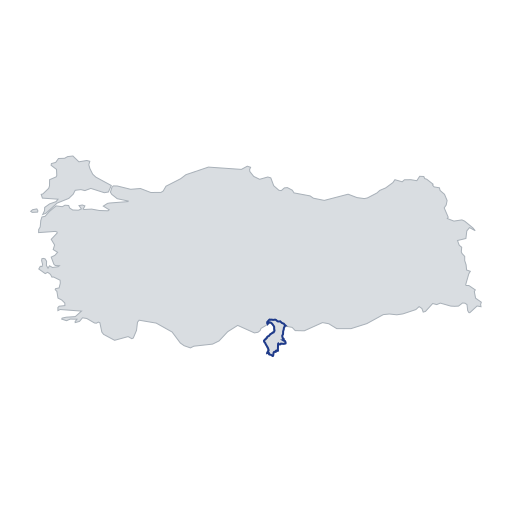 Hatay highlighted on a map of Turkey
{"feature_id": "TUR-2289", "entity_name": "Hatay", "entity_type": "Province", "adm_level": 1, "iso_a3": "TUR", "parent_name": "Turkey", "parent_adm1": "", "projection": "orthographic", "projection_center": [36.26, 36.42], "detail": "fine", "context": "in_parent", "style": "outline", "palette": "blue", "viewbox_px": 512, "rotation_deg": 0, "n_neighbors": 0, "source": "natural_earth", "source_scale": "10m", "svg_char_len": 5558}
<svg xmlns="http://www.w3.org/2000/svg" viewBox="0 0 512 512"><path d="M394.9,179.7L402.2,181.8L404.4,179.8L410.9,179.7L416.8,180.7L419.7,176.3L423.8,176.5L424.7,178.6L426.7,179.2L433.1,184.2L432.5,185.0L434.1,186.9L439.4,187.8L440.1,190.5L444.5,194.3L447.1,200.5L446.2,205.0L444.2,207.9L448.2,217.2L447.3,218.5L453.9,221.1L461.9,219.9L464.6,221.1L473.0,228.0L475.2,230.7L469.5,227.6L466.8,230.9L465.9,238.5L457.5,240.5L459.2,245.2L461.7,247.3L461.3,251.9L462.1,253.6L464.7,256.4L464.7,260.6L466.1,264.8L466.6,270.0L470.3,271.3L468.8,273.8L465.7,284.6L466.1,285.5L468.8,285.5L475.3,289.9L474.3,291.5L475.6,298.2L481.3,302.2L480.6,304.5L481.0,306.7L477.1,306.0L469.8,312.7L468.9,312.6L467.7,310.6L467.0,304.6L465.0,303.2L462.5,303.0L458.5,306.1L454.6,306.3L450.8,306.1L440.3,303.1L436.7,304.6L432.7,303.5L425.5,311.4L423.2,312.1L421.9,308.5L419.1,306.6L415.8,309.6L402.9,313.9L396.8,314.8L389.4,314.0L383.3,314.6L366.9,323.6L351.1,328.6L336.7,328.6L328.7,323.7L322.5,322.6L304.3,330.8L295.2,330.6L292.2,327.4L285.3,326.1L283.8,329.2L282.4,336.6L284.8,343.4L280.9,343.8L278.4,345.3L277.7,350.4L274.1,352.4L272.9,355.6L272.3,355.6L266.5,353.0L268.1,350.6L264.6,341.1L266.3,338.1L273.8,330.5L273.6,326.0L270.4,322.8L261.0,328.4L260.1,330.6L257.9,332.3L254.4,332.9L237.7,325.4L227.7,331.7L219.1,340.9L212.6,344.1L193.8,346.2L190.4,347.9L184.1,345.7L180.3,343.0L172.1,332.0L156.2,323.1L139.1,320.2L137.5,322.2L136.5,330.4L133.3,338.0L131.8,338.7L128.1,336.6L114.6,340.3L103.6,334.4L101.8,332.0L99.9,322.8L98.3,322.1L96.4,323.2L94.5,323.0L86.8,318.5L82.5,317.8L79.5,321.4L75.2,322.6L75.1,321.6L77.0,319.2L70.2,319.1L66.5,320.7L61.7,319.1L62.1,318.1L66.2,317.2L75.3,316.6L81.5,311.1L60.1,309.5L57.9,310.6L57.9,307.5L59.2,306.2L64.9,305.6L64.8,303.0L61.6,299.9L58.0,298.1L56.9,291.4L55.2,289.6L55.5,288.7L59.1,287.9L60.3,283.2L60.1,280.2L53.5,277.0L51.9,277.1L50.5,274.4L47.7,272.3L45.2,273.6L38.8,269.0L40.3,266.3L42.0,266.6L42.6,264.4L41.6,260.6L41.9,258.7L43.5,258.4L45.1,258.9L46.6,261.3L46.4,265.5L48.0,268.2L49.5,265.8L52.5,267.5L58.2,266.7L59.4,265.7L55.3,265.5L53.9,264.3L51.2,257.1L54.8,255.4L57.6,252.3L53.2,249.6L54.6,245.0L51.2,239.3L57.2,233.0L57.0,232.0L55.4,231.4L38.6,232.6L38.7,229.5L40.2,227.0L40.8,220.5L41.9,217.0L45.1,216.3L49.4,211.5L56.1,205.9L62.3,206.7L65.0,205.2L68.7,205.5L69.6,208.0L72.7,210.0L78.5,210.2L81.4,208.9L79.0,205.6L82.4,205.0L84.9,205.9L83.2,209.1L84.0,209.5L91.6,209.1L99.3,210.5L108.0,210.8L109.2,209.8L103.3,206.1L107.5,203.4L109.7,203.0L128.1,201.6L128.2,201.0L117.2,198.7L111.8,194.4L110.4,192.2L112.0,187.2L113.3,185.9L117.3,186.0L130.7,189.3L140.4,188.5L150.8,192.5L161.0,192.4L163.2,191.0L166.0,186.2L180.7,178.7L185.9,174.7L208.4,167.1L241.4,169.4L247.3,166.2L250.6,167.3L249.6,169.5L249.8,171.5L253.7,176.4L259.6,179.3L267.8,177.0L270.8,177.9L273.7,185.7L278.9,190.3L281.3,190.6L284.4,187.9L287.4,187.6L292.3,190.2L294.0,192.9L310.1,195.9L313.4,198.2L324.3,200.4L348.1,194.2L357.0,197.6L364.4,198.6L367.5,197.9L376.9,193.0L379.8,190.4L385.7,187.9L392.9,182.6L394.9,179.7ZM89.8,161.3L88.8,164.7L89.9,168.6L92.7,174.2L95.8,177.1L111.3,185.5L108.4,192.0L104.3,192.7L90.8,188.4L84.9,190.6L80.9,189.6L75.2,190.3L73.2,194.2L68.8,198.4L57.1,203.1L45.8,213.3L42.7,214.5L44.5,210.8L44.7,207.4L49.6,203.9L56.1,201.6L58.0,199.2L42.4,198.1L41.2,194.4L42.9,193.9L48.7,188.3L49.5,185.9L49.6,179.7L56.1,176.9L56.8,175.5L56.5,169.4L51.1,165.3L51.4,163.6L55.7,162.4L58.5,158.5L64.6,158.3L67.6,156.6L72.9,156.0L78.9,161.8L86.8,160.5L89.8,161.3ZM37.6,212.1L32.2,212.4L30.7,211.3L32.6,209.7L36.8,208.9L37.9,210.8L37.6,212.1Z" fill="#d9dde1" stroke="#a8b0b8" stroke-width="1"/><path d="M285.3,325.3L285.0,325.3L284.8,325.3L284.9,326.1L284.6,326.6L284.2,327.2L283.9,327.8L283.8,328.5L283.8,329.0L283.7,329.6L283.4,330.4L283.1,331.6L283.1,333.0L283.0,334.3L282.3,335.5L282.2,335.9L282.3,336.4L282.7,338.1L282.9,338.3L283.0,338.5L283.4,338.6L283.5,338.7L283.7,338.9L283.7,339.1L283.8,339.4L283.8,339.6L283.6,340.1L283.5,340.4L283.3,340.4L283.6,340.6L284.4,340.7L284.8,340.9L285.1,341.2L285.3,341.7L285.5,342.2L285.6,342.6L285.6,343.3L285.5,343.5L283.7,343.9L283.3,343.9L281.4,343.6L281.0,343.6L280.7,343.7L280.6,343.9L280.6,344.2L280.5,344.3L280.2,344.4L279.3,344.3L279.0,344.2L278.6,344.0L278.3,343.6L278.1,343.9L278.4,344.3L278.4,344.6L278.2,344.8L278.0,345.0L278.0,345.4L277.9,349.8L278.0,350.7L277.5,350.9L276.5,350.5L276.0,350.7L275.8,351.8L275.4,351.9L274.8,351.7L274.0,352.0L273.5,352.9L273.3,355.0L273.0,355.9L272.6,356.0L271.1,354.9L270.4,354.6L269.6,354.6L269.3,354.5L269.0,354.2L268.9,353.9L269.0,353.5L269.0,353.1L268.7,352.7L268.2,352.8L267.7,353.0L267.2,353.1L267.3,352.6L268.3,350.7L268.6,350.5L268.6,349.9L267.9,347.8L266.2,345.0L265.9,344.5L265.6,344.0L265.3,343.1L264.9,342.7L264.5,342.3L264.3,341.9L264.0,341.2L264.0,340.7L264.7,339.8L264.9,339.5L265.1,339.4L265.4,339.3L265.7,339.2L265.8,339.1L266.1,338.4L266.3,338.2L266.7,338.0L267.0,337.8L267.1,337.5L267.2,336.9L267.5,336.7L267.8,336.4L268.8,336.0L269.0,335.9L270.1,334.5L270.3,334.2L270.6,334.1L273.2,332.5L273.6,332.4L273.8,332.1L274.1,331.6L274.4,331.0L274.5,330.5L274.5,330.1L274.4,329.8L274.3,329.6L274.2,329.2L274.2,327.1L274.1,326.7L273.8,326.1L272.4,324.1L271.6,323.2L270.7,322.6L269.7,322.3L268.9,322.7L268.0,323.4L267.6,324.0L267.2,323.3L267.2,322.1L269.2,319.8L269.7,319.5L270.2,319.6L270.7,319.8L271.8,319.6L272.8,319.9L273.8,319.9L275.0,319.6L276.1,320.0L276.9,320.8L277.8,321.4L279.0,321.5L280.2,321.3L281.8,322.9L283.8,323.7L284.2,324.1L284.4,324.7L284.7,325.0L285.1,325.1L285.3,325.3L285.3,325.3Z" fill="none" stroke="#1e3a8a" stroke-width="2"/></svg>